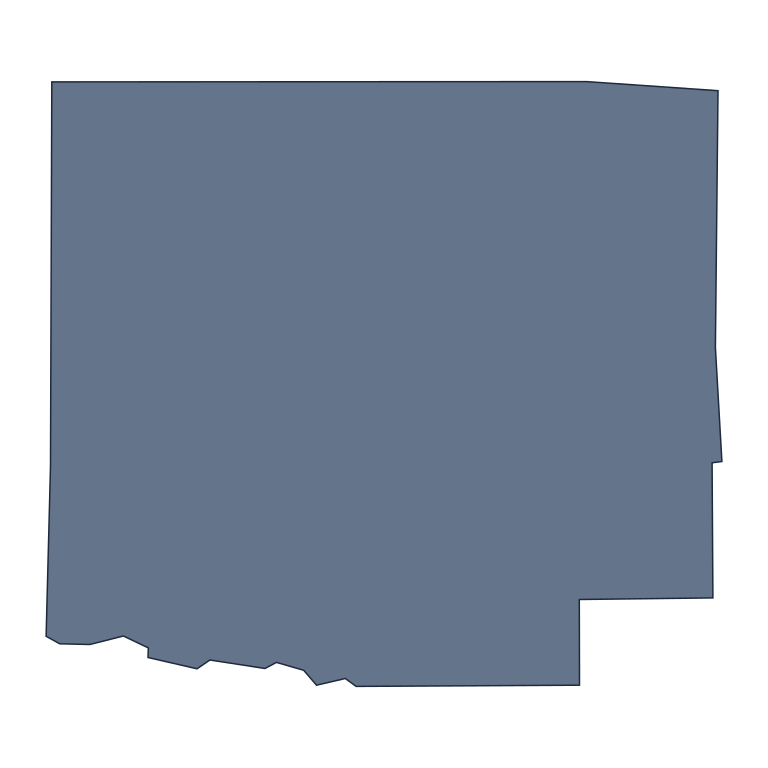 the district of Crowley, Colorado, United States of America
{"feature_id": "52423323B77951538524866", "entity_name": "Crowley", "entity_type": "district", "adm_level": 2, "iso_a3": "USA", "parent_name": "United States of America", "parent_adm1": "Colorado", "projection": "robinson", "projection_center": [-103.821, 38.318], "detail": "fine", "context": "isolated", "style": "filled", "palette": "slate", "viewbox_px": 768, "rotation_deg": 0, "n_neighbors": 0, "source": "geoboundaries", "source_scale": "gbopen_adm2", "svg_char_len": 423}
<svg xmlns="http://www.w3.org/2000/svg" viewBox="0 0 768 768"><path d="M46.1,636.3L59.7,643.8L89.9,644.5L123.3,636.0L148.3,647.9L148.0,657.5L197.0,668.8L209.9,660.0L265.0,668.5L276.4,662.4L303.7,670.3L316.5,685.2L345.3,678.5L356.1,686.4L579.5,685.2L579.3,599.5L712.9,597.9L712.1,462.8L721.9,461.5L715.4,347.5L718.0,90.7L586.6,81.6L51.8,81.9L50.5,466.1L46.1,636.3Z" fill="#64748b" stroke="#1e293b" stroke-width="1.5"/></svg>